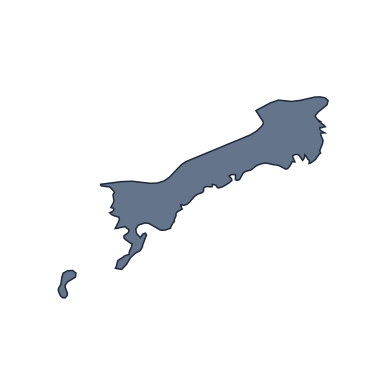 map outline of Eastern Samar (Natural Earth projection), rotated 71°
{"feature_id": "PHL-2582", "entity_name": "Eastern Samar", "entity_type": "Province", "adm_level": 1, "iso_a3": "PHL", "parent_name": "Philippines", "parent_adm1": "", "projection": "natural_earth1", "projection_center": [125.501, 11.538], "detail": "fine", "context": "isolated", "style": "filled", "palette": "slate", "viewbox_px": 384, "rotation_deg": 71, "n_neighbors": 0, "source": "natural_earth", "source_scale": "10m", "svg_char_len": 2732}
<svg xmlns="http://www.w3.org/2000/svg" viewBox="0 0 384 384"><g transform="rotate(71 192 192)"><path d="M167.2,47.6L167.0,48.7L172.0,45.4L173.7,44.7L173.4,46.5L173.5,47.7L173.4,48.8L172.6,50.0L174.4,50.8L176.0,50.1L179.3,47.3L178.3,50.8L179.8,51.7L186.0,51.3L189.0,53.0L194.7,57.9L197.0,57.7L197.9,59.8L201.5,64.8L203.2,70.0L203.1,72.1L200.4,70.6L199.1,71.7L195.2,72.5L193.6,73.2L195.1,73.9L196.2,74.7L197.2,75.7L198.2,77.1L193.7,78.3L191.6,79.2L190.4,80.9L190.1,84.4L191.8,85.4L197.0,84.9L196.7,85.5L196.3,86.9L195.9,87.5L197.4,88.9L199.5,91.3L201.0,93.9L200.9,96.0L195.4,101.1L194.1,103.1L192.1,107.2L189.2,111.5L188.2,114.6L187.9,118.3L188.1,122.5L188.4,123.6L190.4,129.0L190.0,134.8L190.4,136.8L191.3,138.1L195.4,142.5L195.9,144.3L195.4,146.1L194.3,147.0L190.0,145.2L188.4,148.6L188.9,151.8L192.1,150.3L194.0,150.5L195.5,154.2L197.0,161.2L196.8,165.9L195.2,166.9L193.2,167.3L191.5,170.3L193.6,171.3L193.1,173.1L191.9,175.5L191.5,178.0L192.2,179.8L193.2,180.2L194.2,180.4L195.4,181.3L195.9,182.6L195.9,187.2L196.6,190.0L197.3,191.8L200.9,197.8L202.0,200.8L202.0,203.8L200.4,206.7L201.7,206.8L202.6,207.1L203.5,207.1L204.9,206.7L205.7,211.2L206.5,213.4L207.6,214.3L209.3,214.9L212.2,217.6L214.3,218.3L214.6,219.4L216.4,221.6L218.3,223.7L219.3,224.0L219.3,228.9L218.8,231.9L217.6,234.4L207.7,243.0L205.9,246.8L205.9,253.6L208.6,257.2L213.0,257.9L218.2,255.8L215.8,252.3L215.7,249.4L217.9,249.0L225.3,255.3L228.3,257.2L230.6,260.1L231.4,265.5L234.1,271.5L239.2,277.6L242.3,283.7L239.2,289.3L237.9,287.9L234.1,285.5L232.6,284.3L231.1,278.0L230.8,277.4L230.6,276.9L230.4,275.8L230.5,272.5L230.4,271.6L229.4,271.4L227.0,270.0L226.3,269.1L224.0,266.9L221.5,265.4L220.4,266.8L214.9,270.6L213.2,271.3L211.2,270.5L210.6,268.7L210.2,266.7L209.2,265.0L207.3,264.0L206.2,264.5L205.1,265.6L203.2,266.1L202.8,267.5L202.0,274.3L201.5,276.6L197.1,271.9L194.1,269.5L192.1,269.3L189.0,273.5L187.3,275.2L184.8,276.6L184.6,273.5L183.4,271.6L181.8,271.5L180.3,273.9L176.5,269.8L174.8,268.7L168.9,267.6L168.0,266.8L167.3,265.4L165.5,265.8L160.6,268.0L159.8,269.4L159.1,271.2L157.2,274.4L156.8,275.7L155.9,276.2L155.0,275.8L159.1,255.7L162.3,245.1L170.2,228.7L172.2,222.1L172.5,215.3L170.8,208.8L162.6,192.8L161.3,187.9L157.0,118.3L155.4,110.9L152.5,104.7L150.6,102.4L149.0,101.8L135.8,105.1L133.2,88.5L133.3,80.2L138.8,68.4L140.5,60.5L142.2,45.0L143.8,39.8L146.5,35.4L149.8,33.5L153.5,35.9L157.5,46.8L160.2,51.0L164.2,49.8L167.2,47.6ZM249.2,343.7L250.8,346.5L250.0,348.6L247.8,350.0L245.3,350.4L242.3,350.5L240.7,350.2L239.4,349.3L237.5,347.0L235.9,345.7L229.9,342.6L226.8,340.3L226.0,335.4L227.3,330.4L230.9,328.1L234.5,329.9L236.6,339.3L239.2,342.6L241.8,342.9L247.0,342.7L249.2,343.7Z" fill="#64748b" stroke="#1e293b" stroke-width="1.5"/></g></svg>